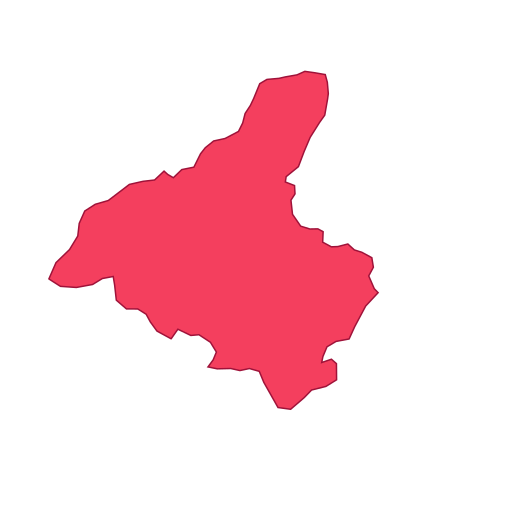 the district of Värnamo, Jönköping, Sweden, rotated 229°
{"feature_id": "70781695B84556885124155", "entity_name": "Värnamo", "entity_type": "district", "adm_level": 2, "iso_a3": "SWE", "parent_name": "Sweden", "parent_adm1": "Jönköping", "projection": "orthographic", "projection_center": [14.133, 57.154], "detail": "fine", "context": "isolated", "style": "filled", "palette": "rose", "viewbox_px": 512, "rotation_deg": 229, "n_neighbors": 0, "source": "geoboundaries", "source_scale": "gbopen_adm2", "svg_char_len": 1498}
<svg xmlns="http://www.w3.org/2000/svg" viewBox="0 0 512 512"><g transform="rotate(229 256 256)"><path d="M347.6,427.2L355.7,420.6L363.3,414.0L365.8,405.8L372.0,395.5L375.0,389.9L382.1,380.1L383.6,371.9L376.4,357.6L373.3,350.5L370.7,341.3L365.1,333.2L361.5,324.5L365.0,309.7L370.6,299.5L371.0,288.8L369.5,281.1L363.8,267.4L369.9,256.7L369.3,245.0L375.4,242.9L380.4,242.3L379.9,229.3L386.5,219.7L393.1,207.4L394.0,193.2L394.8,180.9L400.5,168.6L402.3,156.3L396.6,144.0L388.0,134.6L383.2,119.5L382.2,100.7L374.6,84.7L374.4,84.7L370.2,85.9L361.4,88.5L350.1,99.8L341.7,114.0L339.8,125.3L334.2,134.8L326.6,130.1L314.3,121.6L301.1,123.5L293.6,132.0L284.1,134.9L275.6,133.0L264.3,132.0L249.3,137.6L249.2,137.7L252.0,149.0L238.8,154.7L234.0,161.3L220.8,165.0L209.5,163.1L205.7,155.5L203.8,147.0L196.3,152.7L187.7,163.1L180.1,168.7L175.4,177.2L166.8,182.8L155.5,179.0L141.3,176.1L129.6,173.7L127.2,173.2L117.6,181.6L117.5,199.6L118.4,210.0L111.7,223.2L109.7,235.6L122.0,246.1L128.6,245.2L132.5,235.7L136.2,240.5L140.9,250.0L139.0,260.4L132.3,271.8L137.9,284.1L146.3,306.0L148.2,324.1L153.7,323.8L167.0,328.0L170.5,337.2L178.7,342.3L189.4,338.3L196.1,334.2L204.8,333.2L209.4,324.0L213.5,318.9L222.7,315.4L230.3,322.6L235.9,320.5L241.0,314.4L249.2,309.3L263.5,310.9L275.2,319.0L277.3,326.2L283.9,331.3L292.6,326.7L296.1,330.8L295.6,346.6L303.3,360.9L310.0,374.7L315.1,391.6L317.2,400.3L327.5,413.0L331.1,417.1L340.3,423.8L347.5,427.3L347.6,427.2Z" fill="#f43f5e" stroke="#9f1239" stroke-width="1.5"/></g></svg>